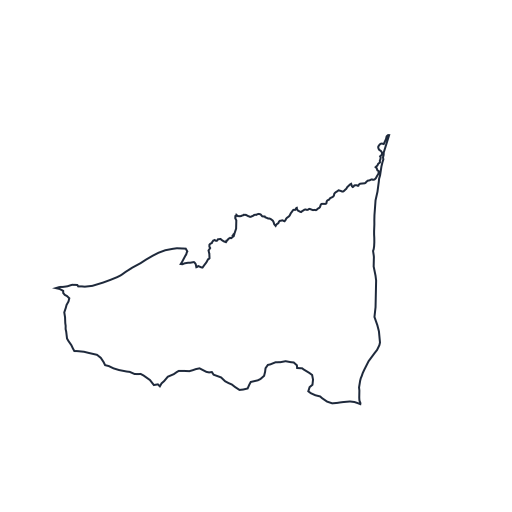 Pek, Xiangkhoang, Laos (Robinson projection), rotated 28°
{"feature_id": "54806243B64426060368946", "entity_name": "Pek", "entity_type": "district", "adm_level": 2, "iso_a3": "LAO", "parent_name": "Laos", "parent_adm1": "Xiangkhoang", "projection": "robinson", "projection_center": [103.256, 19.601], "detail": "fine", "context": "isolated", "style": "outline", "palette": "slate", "viewbox_px": 512, "rotation_deg": 28, "n_neighbors": 0, "source": "geoboundaries", "source_scale": "gbopen_adm2", "svg_char_len": 6100}
<svg xmlns="http://www.w3.org/2000/svg" viewBox="0 0 512 512"><g transform="rotate(28 256 256)"><path d="M316.8,86.8L315.9,87.2L315.4,88.3L315.2,89.1L315.9,91.8L316.2,97.2L314.8,97.5L313.9,97.9L313.4,98.4L313.0,99.2L312.8,100.0L312.6,101.5L312.7,102.4L313.3,103.2L314.6,104.3L315.6,104.5L316.9,104.6L318.7,105.5L319.1,106.1L319.4,107.2L319.4,108.2L318.8,109.7L319.3,110.0L319.9,110.7L320.5,112.4L320.5,113.5L320.8,114.1L321.3,114.8L321.5,115.2L321.3,115.8L320.9,116.5L320.6,117.3L320.7,118.9L320.6,119.5L320.3,120.1L320.1,120.9L319.9,121.4L321.3,121.8L323.0,123.4L324.2,123.4L324.7,123.6L325.5,126.1L325.3,128.4L325.3,130.0L325.3,130.9L325.1,131.8L324.7,132.8L324.2,133.3L323.5,133.8L322.5,133.9L321.9,134.3L320.9,135.7L320.3,136.3L319.4,136.9L318.6,138.7L318.5,139.6L318.2,140.3L317.8,140.8L315.8,142.1L314.0,143.3L313.6,144.0L313.3,144.8L313.3,145.3L313.4,145.9L313.1,146.2L312.3,146.2L311.6,146.3L310.1,147.1L309.7,147.6L309.4,149.2L309.0,149.7L307.9,149.3L307.3,148.8L306.8,148.2L306.1,147.6L305.4,148.8L304.2,152.5L304.2,153.9L304.1,154.5L303.8,155.1L303.2,157.1L302.6,158.2L301.6,158.7L300.7,158.7L298.1,159.2L297.5,160.4L297.0,161.4L296.6,162.0L296.2,162.9L296.0,163.6L295.9,164.3L296.4,166.0L296.3,167.1L295.8,168.1L294.4,170.0L294.2,170.6L294.1,171.7L293.9,172.2L293.4,172.7L293.2,173.0L292.9,173.6L292.8,174.3L292.9,175.0L293.4,176.2L293.3,176.7L293.1,177.2L292.1,177.8L289.8,179.0L289.4,179.3L289.1,180.2L289.3,181.4L289.5,182.9L289.3,183.7L288.3,185.3L287.9,186.6L287.7,187.0L287.4,187.4L286.3,187.7L285.8,188.0L285.3,188.4L284.6,188.8L282.1,189.1L281.5,189.2L280.9,189.4L280.1,190.8L279.6,191.2L278.9,191.5L278.0,191.6L277.0,192.4L276.3,193.8L275.8,194.4L275.4,195.6L275.2,196.0L274.3,196.2L271.7,196.2L270.8,195.8L270.0,195.2L269.4,194.3L269.2,194.5L269.0,195.3L269.1,196.1L269.0,196.8L268.5,197.1L267.8,197.4L267.4,197.7L267.2,198.2L266.9,200.4L266.7,201.5L266.6,202.2L266.7,202.8L266.7,204.4L266.5,205.5L265.3,208.0L265.1,209.1L265.2,210.2L264.9,211.9L263.6,212.1L262.8,212.0L262.2,212.4L261.6,213.0L260.5,213.8L260.2,214.7L260.2,215.6L260.3,216.6L259.5,217.9L259.2,219.2L259.2,220.2L257.2,219.4L255.7,217.9L254.3,216.9L251.9,216.5L251.2,216.5L250.3,216.6L249.1,217.2L247.3,217.3L246.0,217.5L245.2,217.0L244.0,217.6L243.0,218.0L242.4,217.9L240.9,217.2L239.9,217.2L238.6,217.6L237.5,218.6L237.0,219.5L236.2,219.8L235.1,220.6L234.9,221.3L234.4,222.0L234.2,222.4L233.7,222.8L233.1,223.7L232.6,224.1L232.0,224.3L231.0,224.3L230.5,224.5L229.2,224.4L228.6,224.5L228.0,224.4L227.4,224.7L227.0,224.7L226.2,225.3L225.8,225.4L225.7,225.9L225.3,226.3L224.7,226.8L224.3,227.5L223.1,228.5L222.2,228.8L221.7,229.1L221.3,229.3L220.8,229.3L220.3,229.1L219.5,228.9L219.6,229.2L219.3,229.6L219.1,229.9L219.0,230.2L219.1,230.7L219.3,230.9L219.6,231.0L219.6,231.7L219.8,231.9L220.0,232.2L220.0,232.4L221.9,233.8L225.6,241.2L226.4,246.0L226.3,246.7L226.5,246.9L226.5,247.0L226.3,247.0L226.0,247.2L226.0,247.4L226.4,247.5L226.2,247.9L226.1,248.2L226.4,248.1L226.7,248.2L226.8,248.4L227.0,248.5L227.0,249.0L226.9,249.3L226.7,249.5L226.2,250.6L226.2,250.8L226.0,251.2L225.8,251.4L225.8,251.6L225.6,251.6L225.4,251.9L225.2,251.9L224.7,252.1L224.7,252.4L224.4,252.6L224.0,253.1L223.6,253.9L223.4,255.3L223.2,255.6L223.1,256.0L222.7,256.3L222.7,256.6L223.1,256.9L223.1,257.1L223.0,257.9L220.7,258.2L218.2,258.0L216.7,257.6L214.5,259.2L214.5,260.2L214.3,260.9L213.7,261.3L213.3,261.4L212.0,261.3L211.6,261.9L211.1,262.3L210.8,264.0L210.9,265.3L210.0,266.5L209.7,267.3L209.6,268.0L210.5,269.7L211.8,270.5L211.5,273.4L213.4,275.6L213.6,275.7L216.0,279.8L215.9,280.3L215.6,281.0L215.2,281.4L215.2,284.4L215.0,286.1L214.7,287.7L214.2,291.3L213.1,291.7L209.7,292.0L209.3,293.1L208.6,293.9L206.6,291.5L205.6,291.0L205.3,290.8L204.3,290.5L203.9,290.6L201.1,292.8L199.1,293.9L196.4,296.0L195.0,297.7L194.6,298.0L194.0,298.1L193.3,298.4L193.3,297.7L193.5,297.1L193.5,288.1L193.7,287.7L193.2,285.3L193.2,284.2L190.5,282.5L182.5,286.3L179.2,288.7L173.2,293.5L168.4,298.9L164.7,304.2L160.6,310.8L157.4,316.6L152.2,324.4L148.3,331.3L146.5,335.0L145.5,336.8L143.3,339.9L138.6,345.5L133.5,351.2L125.5,359.2L119.2,363.5L116.5,364.6L114.8,365.5L113.3,366.3L111.9,365.5L110.7,366.0L107.3,367.7L106.3,368.6L103.8,371.2L102.2,372.4L99.8,374.1L97.9,375.1L96.6,376.1L95.6,377.1L94.4,378.3L98.1,377.3L102.1,377.3L103.2,379.2L105.4,380.1L107.9,380.1L111.0,381.0L111.8,384.2L111.7,388.1L112.4,391.1L113.2,395.8L116.2,399.8L119.1,404.8L120.7,407.0L122.2,409.9L124.0,412.0L127.9,417.6L130.3,419.1L134.8,421.4L137.6,423.5L140.2,425.2L143.0,423.8L149.1,421.3L153.5,420.2L162.0,417.9L166.8,418.8L171.2,421.2L174.0,423.2L177.7,422.3L182.9,422.1L188.6,421.0L196.1,418.7L198.9,417.6L204.2,417.2L207.9,415.3L209.5,414.3L212.8,414.3L220.6,415.3L226.4,417.9L229.6,415.4L232.3,416.2L232.4,412.8L233.6,409.6L234.8,404.0L238.9,398.9L240.5,395.7L241.7,393.8L246.1,391.4L251.2,389.0L253.8,386.5L256.0,384.1L258.9,381.7L266.6,381.6L269.3,380.8L271.5,379.2L274.3,380.7L282.2,379.6L287.5,381.1L291.4,381.1L295.0,380.8L298.9,381.5L304.3,382.0L307.4,379.9L310.8,376.9L310.5,372.9L310.5,369.7L316.0,364.9L317.7,362.5L319.4,358.0L318.4,354.0L317.1,350.6L317.6,346.6L319.5,345.0L323.1,340.7L327.4,338.3L331.5,335.0L336.6,333.4L339.3,332.3L343.4,333.3L344.9,335.6L349.5,333.5L351.2,333.8L358.0,334.2L361.4,334.7L364.4,338.4L366.3,343.2L364.9,346.6L365.7,350.9L368.8,351.4L373.7,351.1L378.6,349.9L381.0,350.5L387.1,351.2L392.5,350.3L396.8,347.5L398.9,345.9L401.3,344.2L407.3,340.3L411.5,338.7L415.1,338.1L417.6,337.8L417.3,336.9L415.3,335.2L414.5,334.0L413.5,332.3L410.4,326.2L408.7,323.7L406.5,317.2L405.9,314.7L405.7,312.3L405.2,309.3L405.0,305.5L404.8,296.0L406.3,286.0L407.0,282.1L406.8,276.8L406.1,274.2L399.9,264.8L395.7,260.2L389.2,254.2L385.6,245.1L373.6,221.3L370.8,217.3L364.8,210.0L360.6,201.6L359.8,200.4L357.0,196.6L356.7,194.7L355.7,191.9L354.0,188.3L352.0,184.6L350.2,181.6L348.6,178.6L345.7,172.6L343.6,168.7L341.4,164.3L339.6,160.2L335.4,150.7L333.1,142.3L329.6,132.9L328.4,129.9L327.7,126.6L324.7,118.0L323.6,113.7L323.1,110.9L321.7,109.1L321.5,107.7L321.1,106.5L320.2,104.7L316.8,86.8Z" fill="none" stroke="#1e293b" stroke-width="2"/></g></svg>